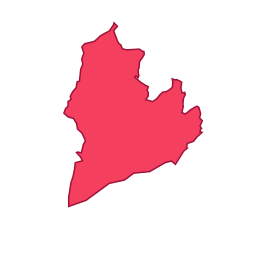 outline of Agios Dimitrios, Limassol, Cyprus, rotated 110°
{"feature_id": "46923920B1623622106309", "entity_name": "Agios Dimitrios", "entity_type": "district", "adm_level": 2, "iso_a3": "CYP", "parent_name": "Cyprus", "parent_adm1": "Limassol", "projection": "orthographic", "projection_center": [32.808, 34.92], "detail": "fine", "context": "isolated", "style": "filled", "palette": "rose", "viewbox_px": 256, "rotation_deg": 110, "n_neighbors": 0, "source": "geoboundaries", "source_scale": "gbopen_adm2", "svg_char_len": 1642}
<svg xmlns="http://www.w3.org/2000/svg" viewBox="0 0 256 256"><g transform="rotate(110 128 128)"><path d="M34.0,177.1L36.0,176.9L39.7,177.8L43.5,178.9L46.3,181.6L51.0,185.6L55.6,187.8L58.3,189.5L63.7,197.6L67.7,199.1L72.6,195.1L79.1,195.1L83.4,192.3L89.1,192.5L97.9,190.3L100.6,189.6L101.9,191.6L107.8,190.5L112.9,192.4L118.0,193.1L120.6,191.3L123.7,193.4L128.0,191.8L131.1,193.3L136.0,193.3L138.1,188.0L137.7,182.5L141.4,177.8L146.2,175.1L148.7,169.3L154.4,163.7L159.2,164.3L167.1,163.3L167.9,167.3L168.7,168.0L171.4,162.8L174.4,159.6L178.7,165.7L185.0,164.1L192.9,163.0L198.9,162.9L213.5,160.0L222.0,156.9L210.2,142.6L186.5,126.8L178.0,113.4L168.5,107.2L161.5,92.7L147.9,81.3L144.2,75.9L145.9,71.0L130.8,67.8L126.6,65.4L126.6,66.2L122.2,67.0L118.2,61.9L112.8,60.1L109.2,58.2L106.7,56.9L107.0,59.1L104.1,59.4L103.4,58.7L101.2,61.1L99.0,60.8L95.7,60.7L94.6,63.1L94.1,64.2L89.9,64.6L86.8,66.7L84.4,68.5L83.9,70.6L86.1,72.7L87.3,73.6L89.4,75.4L92.8,77.4L95.2,78.9L95.1,82.6L88.6,83.5L87.0,84.5L81.4,86.0L76.9,85.6L75.1,86.9L76.7,89.1L72.6,91.9L66.6,93.2L66.1,95.8L65.9,99.1L66.7,100.1L66.7,103.3L69.6,101.6L74.6,100.2L78.9,102.8L81.0,104.9L82.5,107.7L86.0,109.4L90.4,110.9L91.9,111.8L94.7,113.8L95.3,121.0L91.1,119.9L87.7,121.0L86.4,122.8L82.2,123.1L81.9,126.3L80.7,131.8L78.8,136.6L78.2,139.0L76.3,138.4L77.3,135.8L75.1,135.7L73.3,136.9L69.9,138.4L67.7,138.2L62.4,139.7L61.3,139.7L56.7,138.5L53.2,137.9L50.7,139.2L50.9,140.8L50.0,144.3L52.5,150.1L54.9,155.8L55.5,159.5L54.8,161.1L52.4,163.1L51.9,165.0L50.1,167.4L47.9,169.4L46.9,170.2L44.5,172.3L41.4,174.8L36.1,172.7L34.0,177.1Z" fill="#f43f5e" stroke="#9f1239" stroke-width="1.5"/></g></svg>